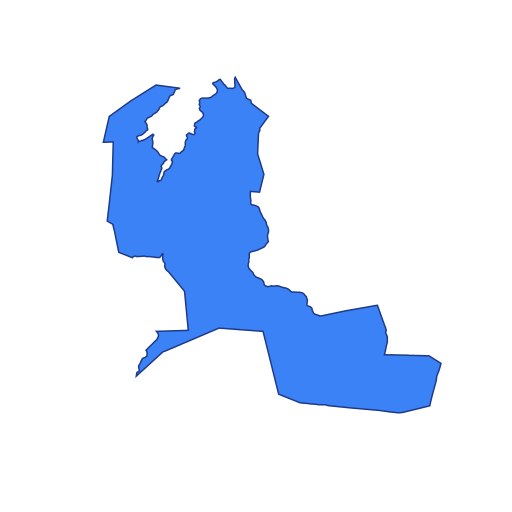 the district of San Andrés Teotilálpam, Oaxaca, Mexico, rotated 74°
{"feature_id": "50627088B65855706883459", "entity_name": "San Andrés Teotilálpam", "entity_type": "district", "adm_level": 2, "iso_a3": "MEX", "parent_name": "Mexico", "parent_adm1": "Oaxaca", "projection": "robinson", "projection_center": [-96.621, 17.951], "detail": "fine", "context": "isolated", "style": "filled", "palette": "blue", "viewbox_px": 512, "rotation_deg": 74, "n_neighbors": 0, "source": "geoboundaries", "source_scale": "gbopen_adm2", "svg_char_len": 6074}
<svg xmlns="http://www.w3.org/2000/svg" viewBox="0 0 512 512"><g transform="rotate(74 256 256)"><path d="M104.6,371.4L107.0,361.8L138.8,371.8L168.3,383.9L181.4,389.4L186.4,384.6L187.1,385.0L193.3,385.2L214.6,386.9L223.6,375.3L222.9,374.3L222.7,372.5L222.9,371.8L223.6,371.0L223.7,370.2L224.1,369.3L224.3,368.6L224.4,367.7L224.6,366.7L225.0,364.9L225.2,363.7L225.7,362.5L226.2,361.9L226.6,360.9L227.0,359.2L227.9,356.9L228.5,355.4L229.3,353.5L229.9,352.2L230.8,349.7L230.8,348.9L230.2,347.9L228.9,346.4L228.0,345.4L228.4,344.8L229.4,345.4L231.0,345.9L231.6,346.0L233.0,346.5L235.1,346.6L236.4,346.2L237.2,345.8L238.1,345.6L238.7,345.7L239.6,346.2L240.3,346.5L241.8,346.7L243.7,346.4L244.8,346.0L245.9,345.3L246.7,344.6L270.2,334.4L308.8,341.6L301.0,372.5L301.7,372.1L302.7,371.8L304.0,371.4L305.2,371.7L306.0,371.7L306.7,372.3L308.4,373.8L309.3,374.8L310.0,376.5L312.1,380.1L316.2,387.7L317.8,387.3L318.8,387.3L320.5,387.9L321.2,388.0L322.0,388.5L322.6,389.3L323.0,391.3L323.1,392.9L323.5,393.7L326.0,396.0L326.7,396.4L327.5,397.1L328.4,398.3L329.4,399.1L330.0,399.4L333.7,399.6L334.3,400.2L334.8,401.1L335.0,402.3L335.5,402.8L338.5,404.2L322.4,371.7L322.4,370.0L315.1,311.4L330.4,270.0L395.1,272.3L409.1,254.3L409.3,254.0L411.9,247.3L413.1,244.6L415.3,238.6L416.2,236.9L418.3,229.8L419.2,228.8L419.7,227.9L428.4,206.2L438.3,180.3L442.0,172.0L442.1,171.9L445.9,162.6L446.8,158.5L447.9,130.2L444.8,128.6L439.9,125.8L434.0,122.3L425.3,117.0L422.7,115.9L421.0,115.2L417.8,112.6L413.3,109.6L412.4,109.1L410.2,107.8L399.6,117.3L399.4,117.8L399.0,119.5L398.4,121.2L397.0,125.5L395.6,130.2L395.6,130.4L395.4,130.7L395.0,131.8L394.1,135.1L393.0,138.0L389.4,149.8L388.6,152.1L387.3,156.8L386.6,158.7L386.3,159.8L382.9,157.8L378.9,155.8L374.8,153.4L369.5,152.0L365.4,152.6L363.5,151.3L361.5,151.3L360.1,151.2L359.6,151.4L336.8,152.9L333.4,185.0L331.6,209.6L331.3,211.3L330.3,212.0L330.0,212.8L329.2,213.8L328.2,215.4L327.7,215.9L327.0,216.3L325.9,216.6L324.7,216.6L323.2,217.0L322.2,216.6L321.5,216.8L320.3,217.4L319.4,218.1L318.8,219.2L318.1,220.1L317.5,220.6L316.2,220.3L313.5,219.1L312.9,218.9L311.7,218.7L310.1,219.0L308.9,218.8L307.0,220.0L306.3,220.0L305.5,220.6L304.4,221.4L304.0,221.9L303.6,222.7L302.8,224.2L302.2,226.5L301.4,228.5L301.0,229.8L300.8,230.9L300.1,231.9L297.4,233.6L296.2,234.5L295.9,235.1L295.0,236.1L294.6,237.2L294.0,237.9L293.6,239.0L292.4,240.8L291.3,242.1L291.0,242.8L290.5,243.6L290.2,245.1L290.0,246.5L289.5,248.7L288.9,249.0L288.9,249.9L288.9,251.4L288.7,253.5L287.9,254.1L287.5,255.1L286.5,255.8L285.2,256.0L284.3,255.9L282.9,255.8L282.0,256.1L280.8,256.6L279.9,257.2L278.4,259.0L277.7,259.6L277.0,260.8L275.7,262.2L274.7,262.7L273.5,263.2L271.1,263.6L269.8,264.2L268.9,264.8L267.9,265.3L267.1,265.6L266.0,266.3L264.8,266.2L263.3,266.3L261.5,265.6L260.3,264.9L259.2,264.3L257.1,263.9L256.2,263.2L255.5,262.8L252.8,262.1L251.8,261.8L250.9,260.8L250.6,260.1L250.8,253.3L249.6,245.9L249.3,245.2L248.3,243.9L247.5,243.2L246.2,241.1L245.5,240.1L243.8,240.1L240.0,239.5L237.4,238.2L236.9,237.6L235.3,237.0L234.0,236.7L232.9,236.7L231.3,236.6L230.5,237.1L228.5,237.1L226.2,237.0L225.2,237.2L224.0,237.3L222.9,238.0L221.0,238.7L213.3,239.9L211.7,239.7L210.5,239.9L209.1,240.5L208.5,241.4L208.0,241.9L207.3,242.8L206.8,243.5L205.6,245.9L204.8,246.5L203.7,246.5L203.0,246.4L201.6,245.7L197.4,245.1L193.4,243.9L192.4,243.5L195.6,235.0L179.7,225.9L158.2,226.3L138.9,219.8L137.8,219.1L136.5,217.7L134.3,217.3L125.2,205.5L107.9,218.4L104.8,218.1L101.9,221.7L95.5,221.9L91.9,223.6L78.5,226.7L79.8,227.8L81.7,228.1L83.6,228.7L84.8,228.9L85.9,229.1L87.7,229.6L88.4,230.8L88.5,232.3L87.5,235.0L87.1,236.8L86.2,237.6L84.5,238.1L83.0,238.8L81.8,239.7L79.7,240.3L79.0,240.9L78.0,241.1L76.3,241.7L76.3,242.9L77.0,244.2L77.6,246.2L77.7,247.5L77.6,249.4L78.2,250.0L79.1,249.9L81.0,248.7L83.4,247.6L85.1,247.3L86.9,247.7L88.3,248.8L89.2,250.2L89.8,252.6L90.4,254.0L91.0,255.3L91.1,257.4L90.6,260.3L90.1,261.6L89.3,264.9L89.7,266.3L91.2,267.8L93.1,267.7L94.7,268.9L96.7,268.2L97.6,268.9L98.7,269.9L100.6,269.6L102.6,268.2L104.6,267.4L106.7,267.9L107.9,269.0L109.0,271.0L109.9,272.8L110.2,274.4L111.0,275.8L111.2,277.8L112.4,278.7L113.2,279.0L114.3,279.4L115.0,278.8L115.4,278.0L116.2,277.7L117.0,279.2L117.1,279.8L118.2,280.2L119.6,281.0L120.6,280.6L121.4,280.9L122.2,281.8L122.0,282.7L121.2,284.1L120.2,285.3L119.5,285.8L119.3,286.9L120.5,289.5L121.2,289.7L123.2,289.3L124.5,289.8L124.9,291.0L126.0,291.9L127.3,292.7L129.1,293.2L130.3,293.4L131.8,294.7L133.3,295.7L134.5,296.7L135.2,299.0L136.4,300.6L135.9,302.2L134.8,304.6L135.2,305.8L137.9,308.5L139.8,310.6L140.5,310.9L141.4,310.7L141.8,310.4L142.3,310.3L143.8,311.1L145.9,313.0L146.5,313.6L147.1,314.2L147.6,314.7L148.1,315.4L148.3,316.2L148.6,316.9L148.5,317.7L149.2,319.8L149.7,320.9L150.5,321.4L151.6,322.1L153.2,322.7L154.2,324.1L155.2,325.0L156.8,326.1L157.1,327.0L157.0,328.1L157.1,328.7L157.6,329.3L157.7,329.9L157.4,330.2L156.8,330.3L155.9,329.4L153.5,327.9L152.7,327.3L151.7,326.9L150.6,326.0L149.5,325.4L148.7,324.5L146.8,323.3L146.1,322.4L144.9,322.2L143.6,322.5L142.9,322.1L142.4,321.1L141.9,320.5L141.4,319.3L140.8,319.1L140.0,318.3L138.9,315.3L137.1,316.5L135.8,316.9L134.6,318.4L132.5,320.7L128.4,321.9L125.4,323.9L123.3,325.7L121.0,324.9L119.4,324.1L117.0,323.6L114.7,323.5L112.9,322.3L111.5,320.9L110.5,321.6L112.8,328.6L113.0,329.2L113.4,330.6L113.4,331.3L113.5,331.9L113.9,332.4L113.9,332.8L113.4,333.5L113.5,334.4L113.6,335.0L113.6,336.3L114.1,337.7L112.9,337.3L109.2,338.0L108.4,337.5L108.0,335.3L108.2,334.2L108.1,332.7L107.6,331.1L107.0,329.8L106.3,328.3L105.3,327.0L105.0,325.5L104.1,325.1L103.1,325.3L102.0,325.2L100.3,324.7L99.5,324.6L97.7,325.1L96.2,325.8L95.6,324.8L94.7,323.7L93.6,322.7L92.9,318.5L92.4,317.2L91.6,316.2L91.3,315.4L90.9,313.7L90.1,311.3L89.4,310.5L88.1,308.7L87.2,308.1L86.3,307.1L86.0,305.9L86.0,305.2L85.8,304.4L85.3,303.0L84.4,301.4L83.5,299.1L82.7,298.2L81.3,297.1L78.8,295.1L78.2,293.8L78.0,291.1L77.0,290.3L76.2,289.5L74.0,287.9L73.6,285.7L73.9,284.3L73.8,282.8L64.1,305.0L72.5,333.9L81.4,358.6L104.6,371.4Z" fill="#3b82f6" stroke="#1e3a8a" stroke-width="1.5"/></g></svg>